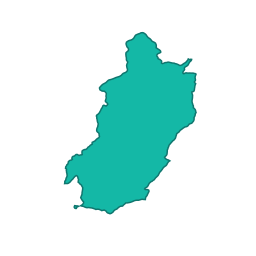 Itinga, Minas Gerais, Brazil, rotated 48°
{"feature_id": "56859067B30106528147122", "entity_name": "Itinga", "entity_type": "district", "adm_level": 2, "iso_a3": "BRA", "parent_name": "Brazil", "parent_adm1": "Minas Gerais", "projection": "equal_earth", "projection_center": [-41.85, -16.599], "detail": "fine", "context": "isolated", "style": "filled", "palette": "teal", "viewbox_px": 256, "rotation_deg": 48, "n_neighbors": 0, "source": "geoboundaries", "source_scale": "gbopen_adm2", "svg_char_len": 5828}
<svg xmlns="http://www.w3.org/2000/svg" viewBox="0 0 256 256"><g transform="rotate(48 128 128)"><path d="M154.1,215.2L155.1,214.6L156.1,213.8L157.0,213.3L158.1,212.9L159.3,212.2L160.1,211.4L160.8,210.4L161.6,209.8L162.4,209.1L163.2,208.4L164.0,207.9L166.2,206.7L167.0,206.4L167.8,205.1L169.1,203.9L170.0,203.5L170.8,203.1L171.7,202.9L172.4,201.8L173.0,200.6L174.1,200.2L175.0,199.9L176.4,200.1L177.4,200.0L178.1,199.5L178.9,199.2L179.7,198.7L180.2,197.5L180.4,196.1L180.4,194.9L180.0,193.6L180.1,192.6L180.5,191.2L180.8,190.3L180.7,189.1L180.8,187.3L181.1,186.0L181.7,185.2L182.4,184.2L182.2,182.9L182.3,181.2L182.2,179.8L183.1,178.8L184.7,176.2L185.3,174.8L185.8,173.5L186.2,172.1L186.8,170.9L187.6,169.7L188.6,168.7L189.3,167.4L189.9,166.0L190.7,164.9L191.9,163.9L192.8,163.0L191.8,161.9L191.2,160.8L191.0,159.2L190.3,157.7L189.7,156.2L189.2,154.9L188.2,154.2L187.2,154.5L186.5,155.1L185.4,156.2L184.4,156.4L184.1,155.4L184.4,154.2L184.6,152.8L184.2,151.6L183.3,149.2L183.3,148.1L183.3,147.0L183.7,145.8L183.7,144.4L184.0,143.2L183.5,140.9L183.5,139.4L183.4,137.4L183.0,136.3L182.1,134.0L182.1,132.9L181.9,131.6L181.6,130.1L181.3,129.1L181.1,127.8L181.2,126.3L181.4,124.8L181.2,123.7L180.7,122.5L180.3,121.2L180.2,119.9L180.4,118.9L179.6,119.1L178.6,119.5L177.8,120.0L177.1,120.4L175.0,120.6L174.2,120.4L174.0,117.6L173.5,116.5L171.6,114.4L170.7,113.6L170.1,112.2L169.4,111.4L169.1,110.3L168.3,109.2L167.9,106.4L167.7,104.7L167.5,103.2L167.7,102.3L167.6,101.1L167.3,99.6L166.5,98.3L166.0,97.5L165.5,96.6L164.8,95.6L164.9,94.3L165.1,93.1L164.8,91.5L164.6,90.4L164.9,89.2L164.9,87.9L165.1,86.5L165.3,85.1L165.8,84.2L166.3,83.3L166.5,82.2L166.3,81.1L166.1,79.8L167.1,77.4L166.9,76.0L166.7,74.7L166.1,73.5L165.4,72.7L164.5,72.1L163.8,70.2L163.1,69.1L162.3,68.4L162.2,67.2L161.4,66.8L160.4,66.2L159.5,65.8L158.5,65.7L157.4,65.7L156.7,65.9L155.3,64.6L154.2,64.3L153.3,63.8L152.3,63.4L151.3,62.8L150.4,62.0L149.7,61.1L148.9,60.1L146.8,58.0L145.9,57.6L144.9,57.2L144.0,56.5L144.5,55.3L144.7,54.3L144.1,53.2L143.2,52.2L142.5,51.3L141.9,50.6L141.3,49.9L140.9,49.1L140.3,48.0L139.3,48.1L138.2,47.9L137.8,46.2L137.2,45.5L136.3,45.0L135.5,44.5L134.7,43.6L134.1,42.5L133.5,41.4L132.4,41.7L131.6,42.4L130.7,42.9L130.1,43.7L129.3,44.5L128.4,45.4L127.5,46.5L126.7,47.3L125.9,47.9L125.4,48.8L125.1,50.1L124.4,50.5L123.5,50.1L122.8,48.9L122.7,47.6L122.3,46.7L121.6,46.4L121.0,45.7L120.9,44.5L121.3,43.1L121.4,41.5L121.0,40.3L120.6,39.2L120.2,38.2L120.3,36.9L120.1,35.6L119.6,34.8L118.9,35.3L118.8,36.4L117.9,36.6L117.0,37.0L117.5,38.0L117.6,39.1L117.8,40.2L117.8,41.7L117.5,43.2L117.3,44.6L117.2,45.9L116.7,47.0L116.1,47.7L113.9,48.5L113.2,48.9L112.3,49.4L111.5,50.0L110.7,50.3L110.0,51.0L109.1,51.8L108.0,52.5L107.2,53.1L106.4,53.6L105.8,54.2L105.1,55.6L104.2,56.7L103.8,58.1L103.1,59.4L102.3,59.7L101.5,59.0L100.9,58.3L100.2,58.2L99.2,58.4L98.1,58.5L97.4,59.0L96.5,59.3L95.6,58.5L94.6,58.5L93.7,58.4L92.9,57.4L92.8,56.2L93.1,55.1L93.5,54.1L93.6,53.0L92.8,52.4L91.9,52.3L90.9,52.4L89.6,52.8L88.3,53.1L87.2,53.4L86.2,52.3L85.3,51.5L84.4,51.2L83.4,50.8L82.4,51.0L81.7,51.2L80.9,51.6L79.2,52.1L77.9,51.9L76.8,51.9L75.6,52.1L74.6,52.5L72.9,52.5L72.1,52.4L71.1,52.2L69.9,52.2L68.9,52.5L67.9,52.7L67.1,53.2L66.0,54.5L65.6,56.1L65.0,57.4L64.5,58.8L64.1,60.2L64.4,61.7L64.9,62.9L65.1,64.3L65.0,65.8L64.5,67.2L63.9,68.3L63.5,69.4L63.3,70.5L63.2,71.7L64.1,73.1L65.2,73.7L66.4,74.2L67.3,74.5L68.3,74.4L69.5,74.7L70.2,75.3L70.7,76.0L70.7,77.4L70.7,79.0L71.5,80.0L73.3,81.4L74.2,81.9L75.0,82.4L75.6,83.0L76.5,83.7L77.6,83.9L78.5,83.9L79.2,84.6L79.8,86.0L80.6,87.2L81.8,88.0L82.8,88.6L83.7,88.9L84.6,89.6L85.1,90.6L85.2,91.7L85.0,93.0L84.5,94.1L84.2,95.1L84.2,96.4L84.4,97.6L84.2,98.9L83.9,100.0L83.4,101.1L82.8,102.4L82.3,103.5L82.0,104.5L81.7,105.4L81.1,107.0L80.4,108.5L79.8,109.5L79.4,110.5L79.4,112.1L79.5,114.0L79.1,115.7L78.7,117.3L78.6,118.5L78.8,120.9L79.0,122.2L79.7,122.8L81.0,123.3L82.1,122.9L83.1,122.6L84.1,121.7L84.9,120.9L85.9,120.8L86.9,120.8L87.8,121.0L88.5,121.7L89.2,122.6L89.9,123.3L91.0,123.9L91.7,125.0L92.2,125.9L92.7,126.7L93.4,127.1L94.5,126.9L95.9,126.8L96.8,127.1L97.1,128.5L97.0,129.6L96.1,130.1L94.9,130.7L94.7,131.8L95.2,132.7L95.6,133.6L95.9,135.0L96.6,136.5L97.1,137.9L97.6,139.4L97.7,141.2L97.5,142.5L97.9,143.5L98.9,143.8L100.0,144.8L101.1,145.3L101.9,145.9L102.9,146.5L103.8,146.9L104.5,147.0L105.3,147.7L105.9,148.6L106.5,149.2L107.0,150.1L107.5,151.3L108.4,152.5L109.2,153.2L110.4,153.4L111.5,153.2L112.7,153.2L114.2,154.4L115.1,154.7L115.7,156.1L115.4,157.7L115.3,159.0L115.4,160.0L115.5,161.3L115.1,162.8L114.7,164.2L115.3,164.9L116.1,165.4L115.6,167.5L115.8,169.1L115.5,170.5L115.9,172.2L115.8,173.5L115.1,174.4L114.7,175.3L114.4,176.4L114.4,177.5L115.2,178.4L116.0,179.1L117.1,179.8L116.7,180.8L116.1,181.5L115.7,182.7L114.8,183.1L113.9,183.3L113.0,184.2L112.9,185.4L113.0,186.6L112.3,187.7L112.3,189.0L113.1,190.1L114.0,190.3L114.0,191.4L113.3,192.5L113.1,193.5L113.1,194.8L113.9,195.8L114.5,196.8L114.4,198.0L114.9,198.9L115.2,200.3L116.3,201.5L117.1,201.1L117.8,201.5L118.3,202.3L119.2,202.8L120.1,203.5L121.1,203.9L121.9,204.6L122.8,205.2L123.4,206.2L123.8,207.4L124.4,208.3L125.1,209.2L125.3,210.6L126.2,211.4L126.9,212.3L127.5,211.5L128.2,210.8L128.9,210.0L129.2,209.0L129.4,207.5L129.2,206.1L129.0,204.7L129.0,203.0L128.7,201.8L128.6,200.7L128.5,199.6L128.7,198.3L129.8,197.9L130.7,198.1L131.4,198.4L132.1,198.9L133.1,199.1L134.0,200.3L134.9,201.3L136.1,201.1L137.0,201.1L137.8,201.2L138.6,200.9L139.5,200.9L140.4,201.2L141.9,201.5L143.1,202.6L144.6,204.5L145.4,205.5L146.2,206.2L146.8,207.1L147.4,208.4L148.2,209.8L150.0,210.2L151.1,210.4L152.1,210.5L153.1,210.4L154.0,211.2L154.3,212.3L154.4,213.6L154.1,215.2ZM153.2,220.2L152.6,218.9L153.1,217.1L152.3,217.5L151.7,218.2L150.9,218.8L150.0,219.6L150.7,220.9L151.8,221.2L152.6,220.9L153.2,220.2Z" fill="#14b8a6" stroke="#0f766e" stroke-width="1.5"/></g></svg>